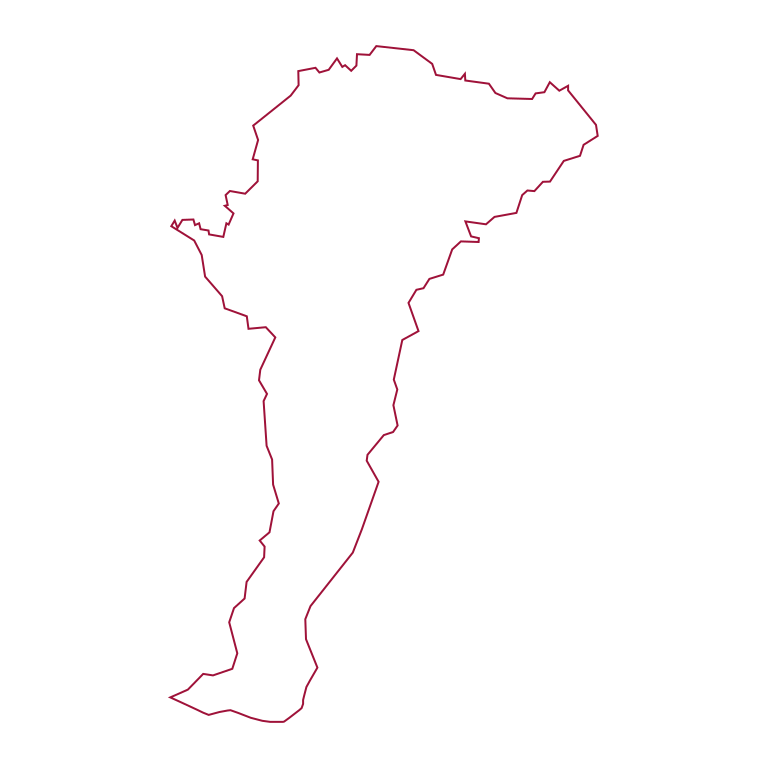 outline of Ohrid, Ohrid, North Macedonia
{"feature_id": "65306769B86752814527149", "entity_name": "Ohrid", "entity_type": "district", "adm_level": 2, "iso_a3": "MKD", "parent_name": "North Macedonia", "parent_adm1": "Ohrid", "projection": "orthographic", "projection_center": [20.849, 41.081], "detail": "fine", "context": "isolated", "style": "outline", "palette": "rose", "viewbox_px": 768, "rotation_deg": 0, "n_neighbors": 0, "source": "geoboundaries", "source_scale": "gbopen_adm2", "svg_char_len": 1897}
<svg xmlns="http://www.w3.org/2000/svg" viewBox="0 0 768 768"><path d="M174.7,220.6L171.3,226.2L194.2,240.5L201.7,255.0L205.1,276.6L222.1,296.2L224.7,308.3L246.8,316.3L248.5,328.8L265.8,327.2L275.3,337.4L260.3,369.7L259.0,380.3L267.0,393.9L263.6,401.1L266.6,445.8L272.1,459.5L273.1,484.6L278.8,503.5L273.5,511.2L269.5,532.3L259.7,540.5L264.6,546.6L264.1,557.3L246.6,581.9L244.6,598.5L234.0,608.1L229.2,622.3L237.3,653.3L232.3,668.8L213.0,675.4L203.2,673.9L187.9,689.6L170.3,697.4L180.8,702.2L197.4,709.9L203.2,712.7L208.7,714.9L219.5,712.0L227.7,710.5L230.5,710.2L238.1,712.9L250.8,717.8L262.3,720.8L270.4,721.9L282.8,721.9L284.1,721.6L289.2,717.9L299.2,710.2L301.6,708.1L303.1,703.9L303.1,700.0L304.1,695.9L306.4,687.0L310.3,679.9L316.5,669.2L317.4,667.6L306.0,639.2L305.3,619.2L310.5,606.1L352.8,552.6L361.9,529.2L378.6,481.8L366.7,460.7L367.5,454.8L383.8,435.1L393.1,432.0L397.6,425.5L393.4,405.2L397.3,389.5L393.8,379.6L402.3,340.0L418.5,331.1L408.5,302.9L416.4,289.8L423.5,288.2L429.4,278.9L443.2,274.6L452.2,249.4L460.9,241.4L478.6,242.0L478.9,238.2L471.1,236.4L465.4,221.4L486.0,224.3L494.5,216.9L516.4,212.9L522.2,195.1L527.4,190.5L534.4,191.1L542.9,181.8L550.0,181.6L563.8,160.9L580.0,155.8L583.6,144.8L597.7,135.9L596.0,124.9L568.1,90.4L568.1,85.8L559.3,90.7L549.8,82.2L544.4,92.2L535.6,93.4L532.1,99.0L507.4,98.3L495.4,93.0L488.9,83.7L465.3,80.5L464.9,73.8L460.6,79.1L436.0,74.9L432.2,63.9L413.6,50.2L376.3,46.1L369.6,54.9L357.0,54.2L356.4,65.6L351.2,70.8L345.1,65.2L342.3,66.9L337.0,58.4L328.7,69.8L319.4,72.5L315.5,67.8L298.3,71.1L298.6,85.2L290.7,95.6L253.2,125.6L258.1,140.0L252.7,159.3L257.9,160.4L257.7,181.3L245.2,193.7L229.9,191.0L225.6,195.1L227.7,205.0L224.8,205.8L233.5,213.4L228.6,224.6L226.4,223.3L223.3,236.9L209.1,234.4L208.5,230.5L200.6,229.2L199.1,223.3L195.0,225.1L193.4,219.5L182.4,219.9L177.5,227.9L174.7,220.6Z" fill="none" stroke="#9f1239" stroke-width="2"/></svg>